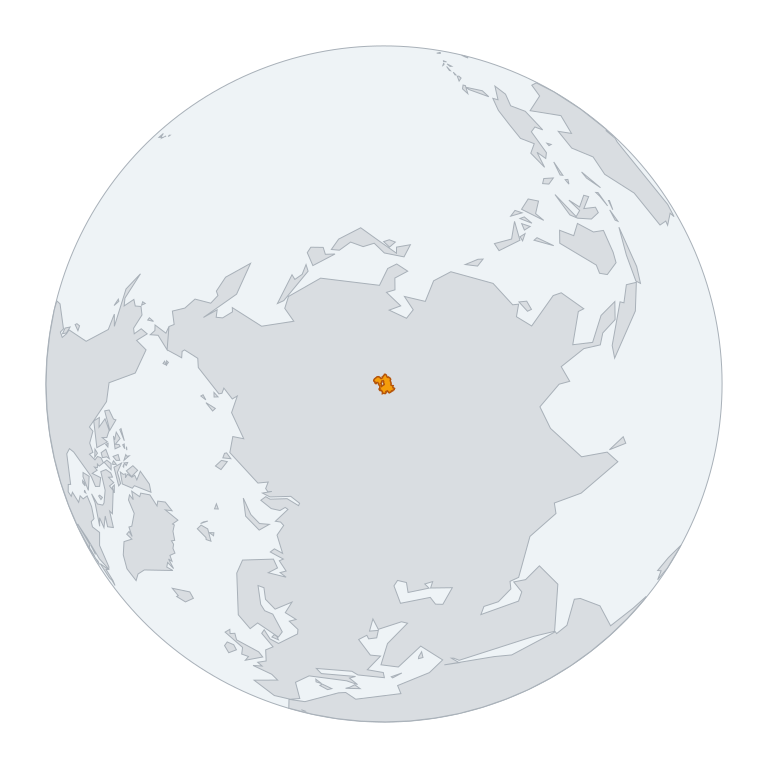 Töv highlighted on a globe, orthographic projection, rotated 247°
{"feature_id": "MNG-3329", "entity_name": "Töv", "entity_type": "Province", "adm_level": 1, "iso_a3": "MNG", "parent_name": "Mongolia", "parent_adm1": "", "projection": "orthographic", "projection_center": [106.662, 47.753], "detail": "fine", "context": "on_globe", "style": "filled", "palette": "amber", "viewbox_px": 768, "rotation_deg": 247, "n_neighbors": 0, "source": "natural_earth", "source_scale": "10m", "svg_char_len": 15441}
<svg xmlns="http://www.w3.org/2000/svg" viewBox="0 0 768 768"><g transform="rotate(247 384 384)"><circle cx="384" cy="384" r="338" fill="#eef3f6" stroke="#a8b0b8"/><path d="M581.0,109.4L588.3,115.3L584.4,117.1L560.0,110.5L558.3,106.4L552.6,106.0L554.3,111.4L556.9,115.2L539.7,126.5L541.9,151.5L553.7,163.1L542.4,158.3L572.3,183.7L580.6,202.9L564.3,179.1L557.4,175.3L559.6,186.8L553.0,185.5L550.3,190.6L542.1,188.2L533.2,175.3L527.8,173.7L529.7,182.1L522.7,185.6L520.8,173.3L508.4,178.3L491.3,159.3L492.6,131.4L476.2,121.7L459.5,96.0L454.3,97.6L444.6,90.0L434.8,89.3L434.5,85.4L427.1,88.3L429.2,92.0L426.7,94.7L421.1,94.9L419.7,89.7L422.3,88.9L419.0,87.5L420.7,85.0L416.7,86.3L415.7,80.5L408.5,86.6L400.9,82.2L402.4,78.4L412.9,78.4L442.6,71.8L447.4,69.2L443.7,64.7L414.0,56.3L414.9,54.1L408.2,51.2L402.8,52.2L406.1,54.9L394.4,56.7L399.8,60.6L395.8,62.2L397.0,67.0L385.4,66.9L373.3,64.4L371.7,60.7L366.4,59.8L358.5,64.2L346.5,59.1L323.0,59.3L321.1,58.3L334.3,53.7L357.9,50.5L375.0,47.3L352.2,50.3L348.0,49.0L342.4,49.4L335.8,50.5L332.9,51.5L329.0,51.6L350.0,47.9L353.9,47.7L347.2,48.7L358.3,47.5L372.4,46.3L370.4,46.4L395.3,46.3L420.1,48.0L444.7,51.6L469.0,56.9L492.8,64.1L516.0,72.9L538.6,83.5L560.2,95.7L581.0,109.4ZM700.8,278.8L698.3,274.8L699.0,273.2L700.8,278.8ZM697.3,275.2L698.1,275.9L697.5,275.9L697.3,275.2ZM697.2,277.0L697.3,275.7L697.5,277.8L697.2,277.0ZM697.5,280.3L697.2,278.3L697.4,278.7L697.5,280.3ZM696.9,283.6L696.6,284.3L696.1,282.1L696.9,283.6ZM559.1,117.3L555.1,111.7L555.9,107.7L560.1,112.3L559.1,117.3ZM556.5,126.5L552.7,123.1L559.4,122.9L559.5,124.9L556.5,126.5ZM563.7,172.2L561.7,166.2L565.9,172.6L563.7,172.2ZM551.3,191.7L554.0,194.0L551.4,195.7L551.3,191.7ZM403.4,66.9L400.3,66.9L401.7,66.0L403.4,66.9ZM406.9,69.1L410.7,68.0L412.9,68.9L410.5,69.5L406.9,69.1ZM536.6,193.9L531.7,196.3L535.2,191.5L536.6,193.9ZM401.6,70.3L416.3,70.7L420.1,72.4L414.2,76.5L401.6,70.3ZM527.8,196.3L516.0,203.1L520.9,208.5L500.2,197.7L517.1,195.1L520.7,188.1L522.7,194.0L527.8,196.3ZM432.3,93.2L429.7,89.2L437.0,92.5L432.3,93.2ZM437.6,94.8L463.4,102.4L464.4,108.9L455.6,104.8L461.0,113.6L448.7,112.9L443.0,107.9L444.8,103.7L438.8,106.8L437.6,94.8ZM490.7,191.0L486.5,191.0L489.2,188.6L490.7,191.0ZM426.2,96.1L431.3,96.8L432.6,102.4L422.5,102.0L425.3,100.3L426.2,96.1ZM468.4,116.4L467.5,120.8L457.4,121.3L455.7,123.2L448.5,113.5L468.4,116.4ZM422.2,99.1L417.4,101.7L411.7,99.3L421.3,95.8L422.2,99.1ZM437.1,104.2L437.2,106.9L433.9,105.2L437.1,104.2ZM389.1,93.2L395.2,93.5L396.4,96.3L389.1,93.2ZM415.9,102.9L417.9,103.7L419.0,105.0L414.7,106.2L415.9,102.9ZM441.9,114.7L437.8,114.2L444.3,118.7L436.9,119.7L433.5,113.1L431.9,116.4L429.6,116.7L429.4,111.1L441.9,114.7ZM413.8,111.5L406.9,104.1L395.3,102.7L393.9,100.0L412.9,102.9L413.8,111.5ZM423.0,111.7L417.0,110.9L418.3,107.7L423.2,106.3L423.0,111.7ZM433.2,122.8L445.3,123.0L445.7,124.5L433.2,122.8ZM410.2,111.6L411.9,113.4L409.2,111.9L410.2,111.6ZM425.8,120.0L430.1,119.7L430.3,121.4L425.8,120.0ZM411.9,117.4L409.7,114.9L412.9,113.8L411.9,117.4ZM418.0,119.1L417.4,121.4L415.4,114.9L419.9,118.7L418.0,119.1ZM425.4,121.6L426.9,122.5L423.6,121.5L425.4,121.6ZM400.8,123.5L397.5,115.5L404.7,112.9L406.9,120.9L400.8,123.5ZM122.8,169.7L130.8,173.3L122.5,187.1L117.5,221.4L115.0,228.2L104.9,234.8L92.4,278.6L101.1,278.7L100.6,313.0L107.1,330.2L128.4,315.4L117.9,286.6L126.7,271.5L143.7,285.8L154.6,312.2L158.3,307.2L160.4,282.9L172.1,282.0L162.2,274.1L159.4,282.5L153.2,278.1L155.4,270.3L159.4,270.0L158.7,260.8L139.8,265.5L134.9,274.5L127.5,257.0L118.7,270.6L113.5,269.6L126.4,246.3L132.1,242.2L148.6,210.6L141.9,213.2L125.9,243.5L126.8,237.3L117.7,242.2L125.4,233.6L144.6,201.0L144.0,186.0L127.4,183.6L130.4,174.6L140.1,161.3L162.1,148.7L153.0,170.4L160.6,167.3L176.1,153.5L172.0,161.6L177.2,159.0L175.1,167.3L185.5,171.2L185.4,179.2L202.3,174.0L204.6,177.7L193.9,179.5L186.4,185.5L187.7,206.8L191.7,208.9L202.7,204.1L201.6,211.1L212.1,203.8L219.2,214.1L219.3,195.8L232.1,190.8L243.4,193.9L247.7,189.3L229.3,184.4L221.9,185.6L215.6,191.7L195.6,193.5L192.3,187.9L213.4,174.3L211.1,165.2L228.5,159.7L267.5,174.6L277.2,185.0L266.0,213.8L256.3,214.1L255.5,203.7L244.4,218.4L251.0,214.7L250.1,220.8L262.2,218.6L262.2,222.9L273.8,213.7L275.1,218.7L267.7,224.5L286.7,226.5L293.0,236.4L297.3,234.9L300.1,230.4L306.1,246.6L309.0,244.8L308.2,238.8L313.4,231.5L325.1,225.2L326.5,231.1L322.5,234.1L316.3,250.0L305.4,257.8L307.2,259.7L317.0,254.3L324.6,234.9L331.1,229.5L328.9,238.8L330.2,235.0L334.0,234.2L339.0,239.1L342.1,229.2L381.1,215.3L394.7,224.3L388.4,233.5L417.2,232.5L430.3,244.3L429.5,238.5L442.8,235.0L438.8,231.2L439.4,228.2L471.7,219.5L480.4,222.6L493.3,213.7L492.9,210.9L487.2,208.0L500.2,197.7L520.9,208.5L520.8,214.1L533.8,217.7L531.7,230.4L536.0,243.2L526.1,256.1L530.3,265.7L535.0,266.0L544.2,279.9L547.2,308.3L524.3,283.4L515.8,243.8L517.5,259.4L511.0,255.6L507.9,261.3L509.6,272.7L513.6,274.2L485.0,293.9L477.0,325.5L492.4,322.2L501.9,330.3L506.2,367.0L476.6,418.4L488.9,432.6L489.5,442.6L478.6,449.9L477.3,435.4L466.4,430.9L467.4,422.1L449.4,429.9L450.0,417.6L435.7,430.4L440.9,439.9L456.6,437.0L443.9,454.3L459.6,470.0L461.2,489.4L434.0,523.7L406.6,533.4L404.9,539.1L394.2,532.2L379.7,542.6L399.3,574.3L398.7,582.8L375.2,597.3L374.8,591.2L346.4,573.1L340.8,592.3L362.3,610.6L369.7,628.7L353.0,621.9L345.5,605.3L335.5,598.4L338.5,581.8L330.7,553.9L313.9,556.0L315.4,545.1L302.1,518.6L278.1,519.9L239.8,537.4L234.1,562.8L221.1,568.9L206.5,522.8L207.9,494.3L197.6,491.7L186.7,458.8L153.4,432.4L153.1,422.9L145.8,420.7L138.9,404.2L140.2,389.1L133.9,383.1L131.6,423.0L138.8,429.6L151.1,426.1L148.6,437.9L155.9,456.0L131.8,465.8L89.7,444.4L93.2,423.4L100.3,345.2L104.4,341.1L104.7,340.3L105.3,338.9L98.1,344.3L101.9,329.8L90.0,379.0L84.7,395.7L89.0,444.9L86.8,445.4L90.4,458.1L111.5,475.1L109.9,480.9L95.4,496.1L72.9,498.1L80.3,525.7L86.1,542.6L83.6,538.7L73.1,516.4L64.3,493.5L57.2,470.0L51.8,446.1L48.2,421.8L46.3,397.3L46.3,372.8L48.0,348.3L51.4,324.0L56.7,300.0L63.6,276.5L72.3,253.5L82.6,231.2L94.5,209.7L107.9,189.2L122.8,169.7ZM116.5,180.6L113.5,183.7L113.5,183.8L116.5,180.6ZM158.2,352.1L169.8,367.3L178.0,347.2L183.1,351.6L184.0,343.4L178.5,345.7L182.7,324.7L192.5,327.1L197.9,319.7L194.3,314.3L175.7,313.5L169.5,343.2L161.2,345.4L158.2,352.1ZM346.8,49.2L344.9,49.5L338.3,50.3L341.3,49.7L346.8,49.2ZM309.1,57.7L303.6,57.7L309.7,56.9L312.9,55.5L329.5,52.6L321.0,57.8L321.9,55.7L309.1,57.7ZM349.4,51.2L339.8,51.8L350.6,51.0L349.4,51.2ZM207.8,138.9L202.7,143.8L197.0,144.3L197.3,136.1L205.5,135.0L207.8,138.9ZM196.8,150.9L217.7,140.8L218.4,146.2L214.4,144.8L212.8,149.3L206.1,148.3L186.4,164.0L180.1,165.7L183.9,148.4L186.1,152.8L191.0,147.5L196.8,150.9ZM269.6,111.9L278.7,109.3L268.5,124.0L261.2,124.8L261.0,116.1L269.4,110.1L269.6,111.9ZM388.2,78.3L392.4,77.6L392.8,78.8L389.6,80.5L388.2,78.3ZM391.8,93.1L370.7,83.3L374.3,81.8L357.6,78.8L360.6,73.8L371.4,75.8L361.2,70.1L372.1,69.9L364.1,66.7L387.8,71.7L397.2,71.9L385.5,73.4L382.4,77.8L383.9,79.8L395.2,85.8L414.0,89.1L413.9,94.6L408.9,97.7L404.4,97.7L405.8,94.0L398.8,96.7L397.4,91.5L391.8,93.1ZM350.1,139.4L353.6,133.5L339.2,141.1L337.8,134.6L336.2,135.9L330.9,132.2L321.8,130.2L322.7,127.1L318.7,127.7L315.2,125.5L310.0,125.5L309.9,120.0L303.6,119.6L307.1,117.3L296.3,118.2L304.3,115.1L300.4,112.5L294.8,116.8L306.5,90.7L305.2,83.3L299.9,79.0L314.3,75.2L328.5,77.2L340.5,83.1L339.7,91.3L346.3,88.5L347.9,91.7L342.0,92.6L352.0,93.3L351.7,96.3L362.5,103.5L377.1,103.5L381.4,106.4L375.5,108.0L383.9,109.9L375.7,115.1L378.6,117.4L373.4,125.2L360.4,127.4L364.6,130.0L360.8,136.5L350.1,139.4ZM398.9,125.6L383.6,128.9L375.4,127.2L387.9,114.5L386.4,111.6L394.2,104.1L406.0,106.9L402.7,108.7L402.2,111.2L398.7,109.3L401.2,112.7L396.7,115.4L397.4,118.9L392.3,119.0L398.9,125.6ZM118.9,229.7L118.2,234.0L118.6,239.5L112.9,243.0L118.9,229.7ZM131.6,207.2L131.9,209.9L124.0,216.9L124.7,212.7L131.6,207.2ZM138.9,205.9L132.6,209.5L136.4,205.1L138.9,205.9ZM194.9,182.0L196.1,185.0L193.6,186.7L189.8,186.9L194.9,182.0ZM306.9,163.3L310.3,159.5L312.3,160.1L323.7,155.6L325.6,160.5L319.5,165.1L306.9,163.3ZM122.8,314.0L117.0,313.0L117.7,308.4L119.6,309.6L122.8,314.0ZM111.7,276.3L111.0,287.5L110.1,277.1L111.7,276.3ZM310.9,167.8L315.4,165.2L313.6,169.3L310.9,167.8ZM327.6,163.8L326.7,168.3L327.2,160.6L327.6,163.8ZM104.2,573.4L103.9,573.1L96.9,559.4L103.8,566.1L105.4,563.0L113.1,578.0L119.6,594.4L104.2,573.4ZM455.0,662.7L465.2,662.3L464.8,663.2L455.0,662.7ZM444.5,660.8L456.1,659.8L442.4,662.9L444.5,660.8ZM460.6,659.4L472.5,656.0L477.6,653.8L476.6,655.8L460.6,659.4ZM436.6,661.5L393.4,662.5L376.4,659.4L380.4,656.1L408.0,657.5L436.6,661.5ZM379.0,656.0L353.0,643.9L317.7,606.4L330.3,609.1L367.4,633.4L365.0,636.6L380.7,645.9L379.0,656.0ZM442.1,636.2L439.6,646.0L415.8,646.4L405.0,645.0L397.5,632.3L401.7,625.7L410.5,625.9L444.9,600.8L456.9,605.7L446.4,616.6L456.2,624.8L442.1,636.2ZM235.4,565.8L242.0,583.6L235.0,583.4L235.4,565.8ZM458.9,582.0L445.0,594.3L457.7,578.3L458.9,582.0ZM466.4,566.8L467.3,572.6L461.6,567.5L466.4,566.8ZM404.5,547.7L395.1,548.9L394.9,544.5L406.8,540.3L404.5,547.7ZM462.2,505.5L462.1,519.2L460.3,524.0L456.0,516.2L462.2,505.5ZM334.0,209.9L315.9,210.4L304.2,214.9L299.6,223.6L298.3,212.0L316.4,205.0L334.0,209.9ZM375.1,213.8L379.0,206.8L382.5,210.1L382.1,212.2L375.1,213.8ZM373.8,209.4L368.9,200.5L374.4,196.8L377.2,204.5L373.8,209.4ZM339.2,182.9L333.7,182.6L335.3,179.2L339.2,182.9ZM532.2,687.7L529.9,688.2L522.7,691.7L530.8,687.2L519.8,692.8L515.9,693.2L504.2,696.5L438.5,715.3L424.7,716.4L429.4,714.1L419.3,707.1L423.9,707.0L422.5,700.2L462.0,688.9L490.8,669.1L511.3,665.2L527.8,649.0L548.5,643.1L541.4,654.5L561.9,651.7L578.5,625.3L588.3,639.8L601.3,636.8L601.7,641.8L586.4,654.6L560.1,672.4L532.2,687.7ZM651.2,588.8L653.5,586.4L656.3,583.9L652.6,588.3L651.2,588.8ZM667.0,564.5L667.9,564.0L666.8,565.7L667.0,564.5ZM666.1,565.3L668.0,561.8L667.4,563.8L666.1,565.3ZM656.0,567.4L657.7,564.8L658.3,565.0L656.0,567.4ZM480.1,660.0L494.4,650.9L502.0,648.7L480.1,660.0ZM654.0,567.1L650.0,570.5L650.5,568.9L654.0,567.1ZM654.5,564.0L654.2,562.6L656.3,564.5L654.5,564.0ZM647.0,566.7L651.8,565.7L646.4,567.6L647.0,566.7ZM644.0,569.6L640.4,571.0L640.7,570.2L644.0,569.6ZM601.1,600.0L614.9,602.5L603.3,609.1L590.6,609.3L579.8,620.6L555.9,629.4L561.6,623.3L558.6,618.2L533.5,623.9L528.4,621.0L537.5,615.4L520.7,616.5L539.1,609.3L546.5,616.2L556.8,605.6L574.4,600.6L591.2,596.2L604.4,595.8L601.1,600.0ZM538.9,629.0L542.0,628.0L539.2,631.5L538.9,629.0ZM633.5,571.5L638.7,571.7L638.1,573.2L635.5,574.5L633.5,571.5ZM607.5,592.7L621.8,577.3L625.1,575.4L615.5,589.1L607.5,592.7ZM618.5,574.6L625.0,571.6L628.3,573.6L626.9,575.5L618.5,574.6ZM501.3,630.6L500.5,633.2L495.7,632.3L501.3,630.6ZM507.6,627.8L522.1,627.0L506.2,630.2L507.6,627.8ZM463.0,626.3L467.3,631.9L481.0,626.0L470.5,633.2L479.7,641.6L476.5,645.6L467.4,636.5L464.1,647.7L458.0,648.2L454.8,639.4L461.0,627.0L467.0,621.2L491.6,615.4L463.0,626.3ZM507.5,620.4L503.6,613.9L506.5,608.3L510.7,611.4L507.5,620.4ZM492.0,597.7L481.6,590.1L472.2,595.0L491.1,578.9L498.0,589.0L492.0,597.7ZM483.0,578.4L474.2,583.0L483.2,573.8L483.0,578.4ZM471.9,580.1L470.8,573.4L477.8,573.4L471.9,580.1ZM487.6,578.0L489.0,566.2L492.6,572.4L487.6,578.0ZM467.6,558.1L482.7,567.7L463.2,565.3L461.8,542.0L470.1,540.5L467.6,558.1ZM510.2,449.9L507.9,442.6L515.2,439.3L514.7,445.2L510.2,449.9ZM536.9,423.6L516.4,436.1L499.5,446.6L505.1,449.0L501.9,462.7L493.2,452.1L504.5,435.5L517.4,430.0L518.6,418.5L527.7,408.7L524.6,395.2L528.4,388.1L535.1,398.9L536.9,423.6ZM522.8,389.7L520.8,364.8L534.9,364.7L538.5,370.1L533.5,381.4L526.3,380.7L522.8,389.7ZM524.4,358.9L517.5,358.2L499.9,324.3L499.7,317.3L520.5,342.0L515.1,342.8L516.9,351.5L524.4,358.9ZM488.1,194.0L486.6,191.3L490.3,193.0L488.1,194.0ZM437.0,226.2L438.4,222.5L442.7,224.2L437.0,226.2ZM444.8,213.2L439.0,213.8L444.5,210.7L444.8,213.2ZM426.1,215.7L436.4,212.8L427.4,219.2L426.1,215.7Z" fill="#d9dde1" stroke="#a8b0b8" stroke-width="1"/><path d="M391.0,385.1L390.9,385.3L391.0,385.5L391.2,385.8L391.3,386.0L391.5,386.2L391.5,386.3L391.6,386.7L391.8,386.9L391.9,387.0L392.0,387.4L392.1,387.6L392.2,387.8L392.3,387.9L392.4,388.0L392.7,388.2L392.5,388.9L392.4,389.0L392.0,389.3L391.3,389.6L390.8,389.6L390.2,389.5L389.9,389.5L389.6,389.6L389.4,389.6L389.2,389.7L388.8,389.8L388.8,390.0L388.8,390.3L388.8,390.6L388.7,390.7L388.7,390.8L388.6,391.0L388.1,391.0L387.9,391.1L387.6,391.5L387.1,391.8L386.9,391.9L386.1,391.9L385.8,392.0L385.5,391.8L385.4,391.6L385.1,391.4L385.0,391.2L384.7,391.1L384.2,391.0L383.9,391.0L383.5,391.0L382.8,390.9L382.0,390.9L381.9,390.8L381.8,390.7L381.7,390.7L381.3,390.5L381.2,390.5L381.0,390.3L380.7,390.1L380.4,390.0L380.1,390.1L379.6,390.6L379.2,391.1L378.9,391.7L378.7,391.5L378.5,391.4L378.4,391.3L378.2,391.2L377.9,391.1L377.5,390.9L377.1,390.8L376.8,391.2L376.6,391.4L376.4,391.5L375.8,392.0L375.7,391.9L375.6,391.7L374.9,391.2L374.8,390.9L374.8,390.3L374.8,390.2L374.7,390.0L374.6,389.8L374.6,389.6L374.4,389.4L374.2,389.2L374.4,389.0L374.5,388.9L374.7,388.6L374.7,388.4L374.7,388.2L374.5,387.9L374.2,387.7L374.0,387.4L374.0,387.2L373.9,386.9L373.9,386.7L374.1,386.3L374.1,386.2L373.9,386.0L373.8,385.9L373.7,385.7L373.9,385.3L374.0,385.2L374.5,384.9L374.8,384.8L375.0,384.8L375.4,384.8L375.5,384.6L376.0,384.5L376.4,384.4L376.4,384.2L376.2,383.5L376.2,383.4L376.2,383.1L376.3,383.0L376.3,382.8L376.2,382.7L376.1,382.8L375.7,382.7L375.4,382.7L375.2,382.6L375.0,382.2L374.8,381.7L374.7,381.6L374.8,381.3L374.9,381.2L375.0,380.9L375.1,380.7L375.3,380.5L375.5,380.3L375.6,380.2L375.7,379.7L375.7,379.3L375.7,378.7L376.4,379.0L376.6,379.2L376.8,379.2L377.1,379.3L377.4,379.4L377.6,379.5L377.8,379.5L377.9,379.4L378.2,379.3L378.3,379.2L378.5,379.2L378.9,379.0L379.2,378.8L379.5,378.7L379.4,378.5L379.3,378.2L379.5,377.8L379.7,377.7L379.8,377.7L380.1,377.6L380.8,377.4L381.2,377.5L381.3,377.6L381.5,377.7L381.5,377.8L381.5,378.0L381.5,378.3L381.4,378.5L381.5,378.6L381.9,378.6L382.0,378.6L382.6,378.8L383.2,379.1L383.3,379.2L383.5,379.4L384.0,379.5L384.3,379.5L384.4,379.4L384.6,379.2L384.8,379.0L385.0,379.0L385.3,379.0L385.6,378.9L385.8,378.9L386.0,378.9L386.1,379.0L386.3,379.2L386.8,379.1L387.0,379.0L387.2,378.9L387.3,378.8L387.6,378.8L387.8,378.8L387.8,378.7L388.0,378.3L388.1,378.1L388.2,377.8L388.2,377.7L388.0,377.4L387.7,377.3L387.6,377.2L387.4,376.8L387.6,376.5L387.9,376.3L388.0,376.2L388.3,376.2L388.7,376.2L388.8,376.2L389.1,376.2L389.1,376.3L389.5,376.5L389.7,376.4L389.8,376.3L389.8,376.2L390.1,376.1L390.3,375.9L390.5,375.9L390.9,375.8L391.0,375.8L391.3,376.0L391.5,376.1L391.6,376.3L391.9,376.5L392.0,376.7L392.2,376.9L392.4,377.3L392.5,377.6L392.6,378.0L392.7,378.3L392.8,378.5L392.9,379.2L393.0,379.5L393.2,380.0L393.3,380.4L393.3,380.5L393.2,380.8L393.2,381.0L392.9,381.5L392.9,381.8L392.8,382.0L392.7,382.0L392.4,382.2L392.2,382.5L391.9,382.7L391.8,382.8L391.7,382.8L391.2,383.0L390.7,383.0L390.4,383.2L390.3,383.4L390.2,383.5L390.1,383.8L390.1,384.0L390.2,384.5L390.4,384.9L390.4,385.0L390.5,385.0L391.0,385.1ZM384.9,381.5L384.5,381.4L384.4,381.4L384.1,381.3L383.7,381.2L382.8,381.0L382.9,381.3L382.9,381.6L383.1,382.0L383.1,382.7L383.2,382.9L383.2,383.0L383.3,383.1L383.4,383.3L383.4,383.8L383.4,384.0L383.5,384.1L383.9,384.2L384.0,384.2L384.6,384.2L385.1,384.1L385.5,384.1L385.8,384.2L385.9,384.3L386.2,384.6L386.3,384.6L386.7,384.7L387.0,384.7L387.4,384.6L387.4,384.4L387.5,383.9L387.5,383.6L387.6,383.2L387.4,382.9L387.2,382.8L386.9,382.7L386.7,382.7L386.5,382.4L386.4,382.2L386.1,381.9L385.9,381.6L385.7,381.2L385.3,381.4L385.0,381.5L384.9,381.5Z" fill="#f59e0b" stroke="#b45309" stroke-width="1.5"/></g></svg>